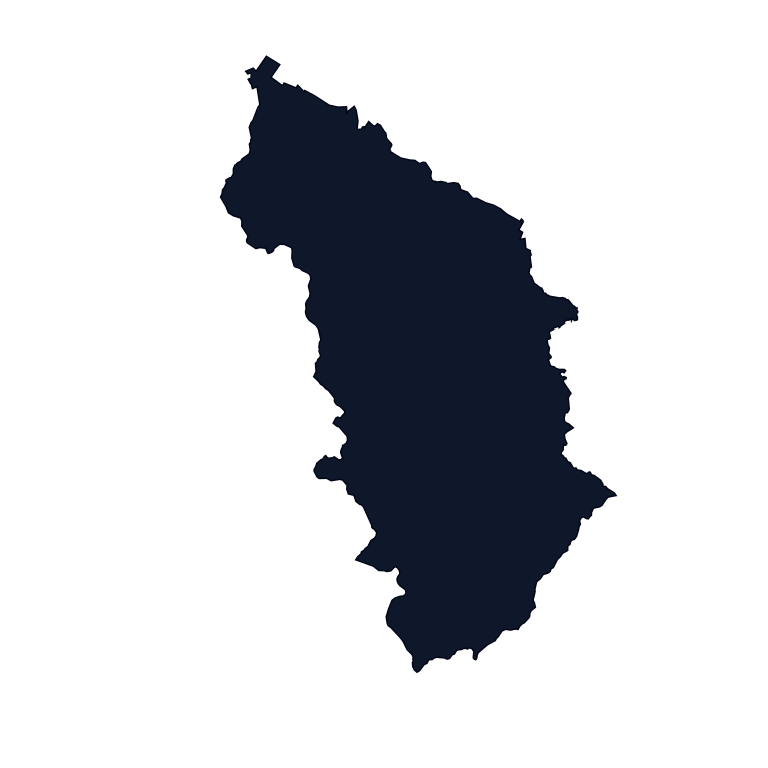 Zagon, Covasna, Romania (Natural Earth projection), rotated 25°
{"feature_id": "2599482B29194502926702", "entity_name": "Zagon", "entity_type": "district", "adm_level": 2, "iso_a3": "ROU", "parent_name": "Romania", "parent_adm1": "Covasna", "projection": "natural_earth1", "projection_center": [26.202, 45.704], "detail": "fine", "context": "isolated", "style": "filled", "palette": "ink", "viewbox_px": 768, "rotation_deg": 25, "n_neighbors": 0, "source": "geoboundaries", "source_scale": "gbopen_adm2", "svg_char_len": 6158}
<svg xmlns="http://www.w3.org/2000/svg" viewBox="0 0 768 768"><g transform="rotate(25 384 384)"><path d="M354.5,441.0L359.0,442.1L361.6,441.9L372.2,446.7L373.4,448.0L374.7,450.7L374.9,453.3L373.6,455.9L372.4,457.1L373.0,458.4L373.0,462.1L373.8,464.6L377.8,468.7L376.9,470.7L375.3,471.9L369.8,471.0L367.8,473.2L364.3,475.0L361.4,473.5L360.6,474.8L360.2,478.2L359.0,479.0L356.6,484.3L357.1,487.7L356.8,490.8L357.4,492.5L362.4,496.4L365.2,497.0L371.9,493.7L376.9,494.0L384.2,489.1L387.1,488.5L393.5,491.5L394.6,494.9L398.1,498.7L403.2,497.7L404.5,498.2L408.1,502.2L412.8,503.4L414.4,503.0L417.1,503.9L432.8,517.4L433.4,518.9L434.9,519.7L436.3,519.6L440.2,521.7L441.0,525.1L440.6,527.6L438.3,531.4L438.1,538.3L436.5,541.0L436.1,543.4L434.5,545.5L434.9,547.7L433.2,551.5L432.7,555.3L451.3,553.6L458.1,555.2L462.9,553.1L465.8,552.8L469.2,550.4L470.6,546.1L471.8,544.6L473.9,544.9L476.9,546.6L478.6,549.4L477.9,552.6L478.2,555.2L479.0,556.7L481.0,558.7L483.5,560.0L490.1,561.4L492.1,563.4L492.2,566.1L490.6,568.3L488.3,569.6L484.4,573.3L482.7,576.7L483.2,585.9L484.4,594.1L488.4,600.0L490.1,601.3L493.4,601.9L506.6,607.3L510.4,609.4L517.3,615.0L523.7,617.3L526.2,619.6L526.2,620.9L527.4,622.1L527.6,624.7L529.6,628.1L532.3,630.3L535.7,631.3L537.4,628.8L539.0,621.3L541.0,619.0L541.0,616.0L541.6,614.6L544.1,613.4L545.0,611.5L546.9,609.5L554.6,606.7L557.3,606.7L558.8,605.7L559.5,604.4L560.3,600.5L561.9,599.0L562.4,594.8L563.7,593.4L566.2,592.1L567.6,590.4L569.8,588.9L571.5,589.0L572.9,587.0L575.5,586.7L578.4,588.4L580.6,594.4L582.0,595.2L583.7,595.1L583.9,593.2L583.0,590.2L583.0,587.7L588.0,576.6L593.3,569.5L593.4,567.1L594.3,564.8L595.3,558.0L597.9,554.9L602.6,553.6L606.6,550.5L609.2,549.8L609.4,546.3L610.4,543.4L612.1,541.0L614.1,534.8L614.2,532.7L613.1,530.4L613.2,527.1L615.6,522.4L612.8,518.8L610.4,516.9L609.4,511.6L608.5,507.9L607.5,506.3L605.9,498.6L608.0,494.6L608.8,489.3L612.3,486.3L613.8,483.8L613.5,480.8L615.0,478.9L615.3,469.8L616.8,466.0L617.5,461.8L620.8,457.3L619.1,453.3L620.3,450.6L619.7,447.5L620.9,445.2L622.2,444.4L622.9,440.8L622.0,434.3L621.1,430.9L621.2,428.0L619.0,425.1L619.3,422.2L620.3,420.5L621.1,420.2L624.6,420.4L626.2,419.8L626.6,417.2L627.5,415.4L626.4,412.9L626.3,408.9L626.8,407.6L631.2,404.3L632.8,402.0L634.0,394.4L635.0,391.7L641.5,387.0L638.9,385.4L630.8,384.4L628.4,383.2L625.1,384.2L624.9,382.5L622.9,380.9L622.1,381.0L621.5,379.8L613.6,378.1L610.3,378.5L608.2,376.8L607.1,377.0L606.1,379.2L604.4,379.7L599.2,379.1L595.5,380.2L593.5,378.9L591.4,380.3L586.3,376.8L584.6,376.5L583.5,377.0L580.4,374.5L578.3,374.5L577.2,373.5L574.4,372.9L573.6,371.2L574.2,368.1L572.5,363.7L574.7,362.6L575.0,360.7L571.3,357.4L568.7,353.5L570.1,349.9L574.1,343.7L568.4,342.1L564.7,342.1L563.2,341.2L561.8,339.1L560.4,333.5L562.4,332.4L562.6,328.6L557.1,319.2L556.8,317.5L557.4,313.4L545.7,306.4L545.2,304.9L545.4,303.6L546.8,302.3L546.4,301.1L543.9,301.2L543.0,302.4L539.5,301.1L539.2,300.0L539.6,298.4L540.9,297.6L542.4,297.8L543.0,295.2L541.3,294.6L536.4,296.8L533.1,297.2L531.1,296.5L528.0,297.2L526.8,296.7L522.7,292.5L524.2,289.7L524.1,288.7L520.3,286.7L518.7,281.3L516.1,279.4L513.5,275.7L513.5,274.2L515.0,273.3L515.5,272.0L511.7,266.9L514.7,262.8L513.7,262.4L515.0,260.1L515.4,260.3L517.5,258.0L518.3,258.1L518.8,259.0L519.3,258.5L519.4,257.1L522.0,252.5L521.2,251.9L521.2,251.0L522.6,249.0L524.7,247.9L525.1,246.5L526.3,246.5L527.2,247.6L527.1,244.9L529.8,246.0L531.8,244.6L532.0,243.6L531.1,241.6L528.8,239.5L529.3,236.7L526.9,235.1L527.2,233.9L526.7,233.4L526.1,234.3L525.0,233.5L524.3,234.0L523.6,233.1L521.8,233.0L515.5,229.9L512.4,230.7L512.2,229.9L509.4,230.2L506.8,231.8L496.7,234.5L495.5,234.1L494.2,234.5L491.9,233.4L490.5,234.1L489.4,233.7L489.1,232.6L486.3,230.4L485.8,230.9L477.4,229.1L472.5,224.4L470.3,223.6L468.5,222.1L467.1,217.5L468.2,215.7L462.5,206.8L462.8,204.8L460.3,202.0L460.2,201.2L455.3,201.2L450.2,192.5L446.2,195.6L445.5,187.9L441.1,187.4L441.7,178.7L441.2,179.0L440.9,177.1L438.8,176.5L438.6,179.2L423.2,178.1L415.6,176.0L407.6,175.6L399.4,176.8L389.7,176.5L386.2,178.2L378.6,174.8L371.4,175.4L369.1,172.4L366.5,170.9L362.0,172.1L356.7,175.7L355.2,175.2L350.2,176.3L347.1,178.3L341.7,179.4L338.6,176.0L337.1,171.4L328.0,165.8L325.5,166.6L323.1,169.3L317.3,168.3L313.1,170.0L303.8,172.1L293.4,170.9L292.9,171.2L290.0,169.1L290.1,164.2L289.2,163.2L282.7,160.4L279.6,155.8L278.0,155.3L271.5,151.1L268.1,150.8L266.7,154.5L263.7,154.1L259.2,152.6L258.2,159.7L257.8,159.0L255.8,160.2L256.1,162.4L252.0,164.8L249.3,156.7L243.1,147.7L239.7,144.9L236.1,152.1L235.5,155.3L234.4,151.3L232.9,148.6L225.3,152.5L216.5,154.5L199.2,152.1L188.1,151.5L188.0,152.9L179.6,149.7L179.1,152.8L166.2,153.5L165.9,156.6L152.0,153.8L154.6,138.6L138.9,136.7L136.0,153.7L135.3,154.4L132.0,153.0L126.5,159.0L129.6,160.6L132.1,157.8L134.2,163.0L132.1,165.2L136.2,168.2L136.7,167.7L139.9,171.9L143.3,168.3L153.4,183.3L152.8,186.6L153.8,200.5L153.1,203.4L153.4,208.3L160.0,217.1L160.0,219.3L160.9,220.1L160.6,223.5L164.0,228.7L164.6,232.4L160.3,239.9L160.0,242.8L158.2,244.9L157.3,246.6L157.2,248.0L156.4,248.6L156.5,252.5L158.7,257.4L158.2,261.6L157.0,262.3L154.6,265.9L154.9,266.9L156.0,267.8L156.2,269.1L156.3,273.5L155.6,276.3L156.9,280.1L156.9,283.7L166.0,290.1L170.7,294.6L176.3,295.2L183.7,294.2L186.3,296.2L188.4,301.1L197.7,306.9L198.5,308.5L198.6,311.6L199.6,313.3L200.9,313.9L210.7,315.4L213.9,312.8L219.5,311.0L223.3,314.5L224.2,314.5L226.7,311.9L227.5,309.7L227.0,307.8L230.4,301.3L234.9,299.6L242.6,299.5L244.3,301.7L247.3,308.9L252.8,315.1L254.1,315.4L259.0,314.7L261.8,315.7L267.7,315.6L270.6,316.3L272.4,318.2L273.4,320.3L273.9,326.3L274.4,327.6L278.9,333.3L279.7,336.8L278.9,341.6L279.1,344.5L281.5,348.4L282.3,351.7L283.3,353.2L285.4,355.6L289.2,357.8L297.5,359.5L301.1,361.7L308.2,370.8L307.9,373.6L309.7,378.7L311.0,379.5L310.9,381.1L311.7,382.2L314.5,385.0L314.7,387.7L313.7,389.2L314.0,392.3L313.1,394.1L317.2,401.5L317.2,407.1L323.5,409.2L326.6,411.0L329.1,411.2L333.4,412.9L336.4,413.3L345.1,417.7L346.2,420.4L348.0,421.9L350.0,422.8L353.6,422.9L359.3,424.9L360.7,426.7L359.3,431.2L359.5,432.0L358.3,433.4L356.1,433.5L354.8,435.0L354.5,441.0Z" fill="#0f172a" stroke="#020617" stroke-width="1.5"/></g></svg>